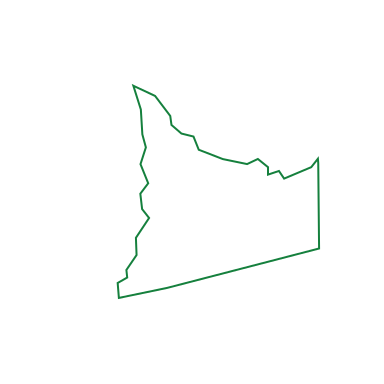 Greene, Virginia, United States of America, rotated 324°
{"feature_id": "52423323B83687040652424", "entity_name": "Greene", "entity_type": "district", "adm_level": 2, "iso_a3": "USA", "parent_name": "United States of America", "parent_adm1": "Virginia", "projection": "orthographic", "projection_center": [-78.466, 38.33], "detail": "fine", "context": "isolated", "style": "outline", "palette": "green", "viewbox_px": 384, "rotation_deg": 324, "n_neighbors": 0, "source": "geoboundaries", "source_scale": "gbopen_adm2", "svg_char_len": 567}
<svg xmlns="http://www.w3.org/2000/svg" viewBox="0 0 384 384"><g transform="rotate(324 192 192)"><path d="M185.7,116.2L180.9,128.8L166.7,139.2L161.7,159.2L149.2,163.0L141.6,176.5L142.0,187.8L119.7,196.1L110.1,210.4L93.1,216.5L89.3,223.1L78.4,221.9L70.6,234.7L115.6,255.0L261.6,312.4L311.2,242.7L313.4,239.1L303.1,242.0L274.4,235.3L274.7,226.1L263.7,222.6L268.1,216.6L264.7,204.0L253.0,201.8L236.3,183.5L222.3,161.8L225.8,148.0L217.8,138.5L214.8,125.7L219.1,117.7L218.6,92.6L207.0,71.6L199.1,95.2L185.7,116.2Z" fill="none" stroke="#15803d" stroke-width="2"/></g></svg>